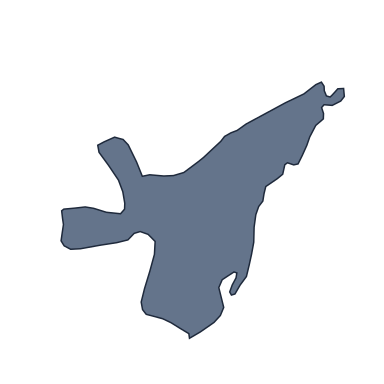 outline of Al-Risafa, Baghdad, Iraq, rotated 16°
{"feature_id": "34846034B3571197787035", "entity_name": "Al-Risafa", "entity_type": "district", "adm_level": 2, "iso_a3": "IRQ", "parent_name": "Iraq", "parent_adm1": "Baghdad", "projection": "natural_earth1", "projection_center": [44.486, 33.326], "detail": "fine", "context": "isolated", "style": "filled", "palette": "slate", "viewbox_px": 384, "rotation_deg": 16, "n_neighbors": 0, "source": "geoboundaries", "source_scale": "gbopen_adm2", "svg_char_len": 1583}
<svg xmlns="http://www.w3.org/2000/svg" viewBox="0 0 384 384"><g transform="rotate(16 192 192)"><path d="M88.5,173.0L91.7,179.5L104.2,189.2L118.0,200.8L125.4,210.8L130.5,221.4L131.9,227.1L129.3,232.6L115.3,235.1L102.0,234.8L93.5,235.8L83.8,239.8L73.5,243.8L71.9,246.0L74.9,253.2L77.4,258.7L78.4,266.3L79.6,275.0L82.4,277.6L84.0,279.0L91.1,280.5L100.4,277.3L118.7,268.3L133.7,261.4L143.6,255.7L147.8,247.7L153.1,244.3L161.5,244.8L170.2,249.7L173.1,262.4L173.1,264.5L173.3,279.7L173.0,297.9L173.5,311.8L176.9,318.7L181.7,322.2L198.7,321.9L207.8,323.4L218.3,326.4L228.0,329.0L229.9,333.3L238.5,324.3L246.2,314.9L249.1,311.3L253.3,302.9L254.3,294.2L244.1,276.5L245.2,268.0L249.7,262.7L253.0,258.9L254.4,257.3L257.4,257.4L258.0,262.4L256.3,270.3L255.8,277.7L258.3,280.2L261.4,278.2L263.9,268.2L267.6,258.3L267.1,246.5L266.4,235.4L265.2,223.3L261.4,208.7L259.6,196.2L260.1,187.6L262.6,181.2L261.7,173.8L261.4,166.4L270.3,155.7L274.3,149.9L273.7,140.2L275.7,137.6L282.3,137.9L286.2,135.8L287.9,126.6L289.5,115.6L290.0,106.6L292.6,93.9L298.1,85.5L296.8,80.3L293.3,75.1L294.9,71.7L302.9,70.1L309.9,63.6L312.1,58.2L309.2,50.7L303.7,52.6L302.0,56.2L299.9,60.4L298.6,62.6L294.7,62.6L293.0,60.4L291.3,58.3L289.8,53.9L286.1,50.7L281.5,54.6L276.0,62.1L274.7,63.9L272.5,66.9L257.3,80.4L242.6,94.8L225.4,111.6L218.4,120.4L213.1,124.4L208.0,129.6L205.7,135.4L201.0,143.2L193.6,155.6L189.2,161.8L178.8,175.5L169.7,181.3L160.5,184.4L146.6,187.1L139.9,190.6L130.4,178.4L117.7,164.3L111.3,160.5L107.0,160.6L102.5,160.6L93.7,168.0L88.5,173.0Z" fill="#64748b" stroke="#1e293b" stroke-width="1.5"/></g></svg>